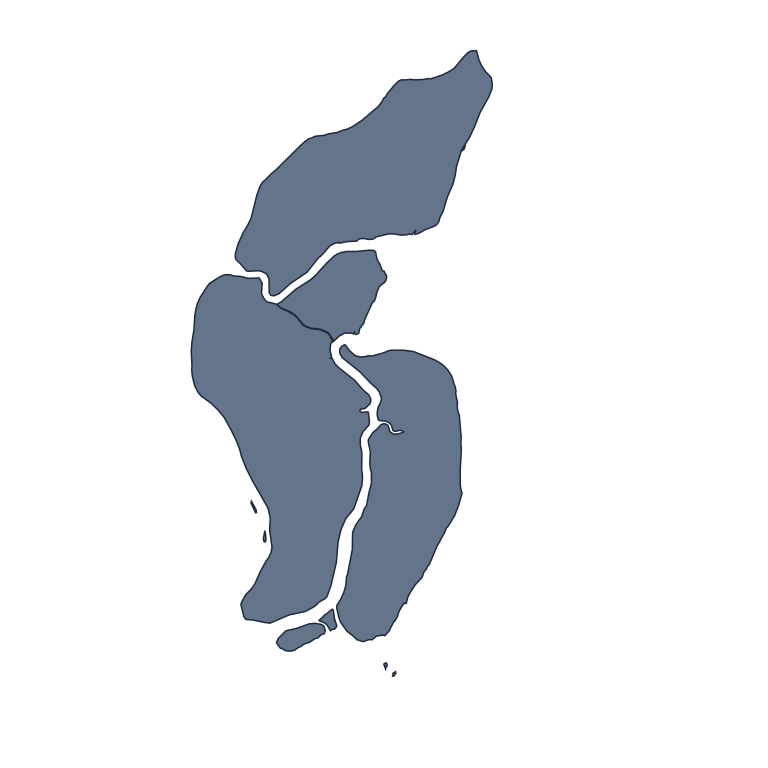 Kepulauan Meranti, Riau, Indonesia (Natural Earth projection), rotated 66°
{"feature_id": "22746128B32802105420608", "entity_name": "Kepulauan Meranti", "entity_type": "district", "adm_level": 2, "iso_a3": "IDN", "parent_name": "Indonesia", "parent_adm1": "Riau", "projection": "natural_earth1", "projection_center": [102.588, 1.052], "detail": "fine", "context": "isolated", "style": "filled", "palette": "slate", "viewbox_px": 768, "rotation_deg": 66, "n_neighbors": 0, "source": "geoboundaries", "source_scale": "gbopen_adm2", "svg_char_len": 6168}
<svg xmlns="http://www.w3.org/2000/svg" viewBox="0 0 768 768"><g transform="rotate(66 384 384)"><path d="M398.8,417.1L397.4,415.7L398.4,412.5L398.5,410.8L396.4,404.9L393.7,402.7L391.3,402.1L387.2,402.5L381.0,405.6L369.1,409.1L350.8,418.6L346.0,420.5L339.6,420.9L338.7,422.5L337.7,420.8L331.9,419.7L327.3,417.5L324.8,415.5L324.6,413.6L317.6,413.9L314.2,414.9L308.5,420.2L304.1,427.8L299.9,432.2L297.5,434.0L287.4,436.7L283.2,438.8L281.3,440.6L279.1,441.6L273.3,447.2L267.2,449.9L261.2,457.6L258.1,458.7L253.0,459.2L250.5,458.6L242.4,454.3L236.4,454.8L232.3,464.9L227.0,471.8L224.6,476.8L221.6,480.2L219.8,483.7L219.3,486.0L219.3,490.2L221.0,502.1L222.5,505.1L230.1,516.8L234.6,521.7L238.6,525.0L244.9,529.2L257.2,535.6L268.2,542.8L275.4,546.6L289.4,552.1L292.7,553.9L299.7,556.1L309.1,557.7L316.2,557.2L320.8,555.9L330.6,550.1L340.3,546.2L349.1,543.7L364.5,542.3L376.9,542.0L385.6,542.5L391.7,543.6L405.3,544.2L420.6,543.4L448.0,540.6L451.2,540.6L459.9,542.3L470.9,547.9L487.3,552.6L492.0,555.7L495.4,559.6L498.1,564.2L505.0,573.2L514.1,583.3L517.3,588.6L520.2,596.0L524.8,602.1L527.2,604.4L539.3,606.6L542.0,606.3L543.2,605.4L546.7,599.2L553.1,590.4L556.1,585.4L556.4,564.4L559.8,548.5L559.1,539.0L558.1,534.9L556.9,532.5L556.0,524.6L554.8,522.3L546.4,514.3L527.6,500.1L509.8,490.3L499.6,482.6L491.5,473.7L485.8,462.4L467.8,445.5L460.3,441.4L452.6,439.0L440.6,433.4L436.8,431.9L429.7,430.3L423.6,427.6L418.9,422.4L415.3,414.3L411.7,412.3L403.3,409.8L402.7,410.4L401.0,415.8L398.8,417.1ZM158.4,165.4L154.3,163.1L147.5,161.4L139.9,164.2L132.9,165.4L126.2,165.4L117.5,164.0L116.9,164.3L115.3,168.6L115.2,171.8L117.6,178.2L124.2,191.7L125.1,197.6L125.4,204.7L124.3,216.5L122.4,221.1L122.2,223.0L120.7,227.0L118.6,232.3L116.5,235.8L115.1,240.3L113.2,244.4L113.2,247.4L115.5,253.5L119.5,261.8L122.1,265.5L123.2,268.9L124.3,269.5L128.1,276.1L134.3,297.4L136.1,308.6L136.2,314.7L135.5,317.5L135.1,324.8L132.9,332.8L132.4,337.8L129.7,346.0L129.8,350.3L129.3,354.1L130.2,355.7L130.1,356.9L132.3,363.6L144.4,395.5L146.0,401.3L149.5,410.1L150.0,412.3L151.1,414.2L154.1,418.0L159.7,423.3L178.5,438.0L183.2,443.5L188.0,450.5L196.4,460.0L204.4,466.8L207.9,468.4L210.3,468.6L215.4,466.4L224.9,463.5L226.2,461.2L229.4,452.8L231.5,449.8L235.8,446.5L241.2,446.3L253.6,451.6L255.7,451.7L257.1,451.2L258.6,448.9L258.9,443.5L254.1,428.5L250.6,408.9L241.8,392.0L241.4,389.5L235.9,377.4L235.4,372.7L235.8,369.8L236.9,367.6L236.4,367.4L237.4,366.8L239.0,359.4L242.3,351.2L241.4,347.0L243.4,342.3L245.6,339.5L247.0,335.8L247.1,333.9L246.4,331.4L248.8,318.6L251.0,313.9L255.3,307.2L257.1,302.0L257.1,300.7L258.9,297.4L256.6,293.0L257.2,292.8L258.4,294.8L260.0,294.9L260.5,290.5L259.8,283.5L260.3,273.5L259.6,270.4L257.8,267.7L254.8,265.3L250.2,259.7L239.0,250.1L229.2,239.4L222.2,234.0L214.7,229.2L201.6,217.8L193.8,205.9L186.2,197.1L174.6,185.3L164.2,171.3L158.4,165.4ZM409.9,319.4L403.9,319.0L397.6,319.9L391.2,322.1L388.2,323.8L382.2,328.2L366.2,344.0L360.6,353.3L356.2,363.4L355.4,366.8L355.4,371.5L353.7,382.6L352.9,385.1L351.5,387.0L351.8,388.7L349.7,394.6L347.1,398.0L345.0,399.5L339.2,402.0L332.7,403.4L332.1,404.1L332.3,407.2L334.1,410.2L338.1,411.9L343.0,411.4L363.3,401.0L377.6,395.9L385.8,392.3L389.3,391.6L394.4,392.0L395.5,391.7L398.9,394.2L401.1,396.4L401.9,398.0L406.0,401.0L408.3,402.4L413.6,403.8L415.4,403.3L418.4,397.8L421.5,395.0L424.6,394.0L429.9,394.7L431.4,393.8L432.2,391.8L432.7,388.4L434.7,385.9L435.7,385.5L436.0,386.5L435.3,391.1L433.8,395.6L430.1,397.9L423.7,397.2L422.0,397.9L420.2,400.3L419.9,403.2L422.3,408.7L423.9,414.1L428.2,420.6L430.2,421.9L440.2,424.0L450.1,429.0L456.0,431.0L459.2,431.3L469.7,435.9L477.2,442.0L488.0,449.4L490.1,452.9L495.9,458.2L501.1,466.9L506.7,473.0L522.2,480.2L542.9,494.6L544.9,496.7L552.4,500.7L558.4,505.8L563.4,511.5L566.7,516.7L568.2,517.7L569.8,518.4L578.6,520.1L583.7,520.6L595.0,518.3L602.2,514.4L606.4,512.9L610.9,507.9L611.4,501.7L612.8,499.0L611.3,493.2L613.1,486.7L614.3,485.6L611.4,479.1L610.3,478.2L605.0,471.5L605.0,470.6L602.0,466.4L597.9,462.8L595.0,459.0L592.4,454.6L593.5,452.9L588.4,449.0L585.3,445.0L580.3,437.5L576.0,427.7L571.9,423.9L570.8,421.2L567.8,417.7L567.3,416.0L554.3,402.2L543.6,388.1L541.0,385.8L540.4,383.8L532.9,372.9L524.4,364.5L515.5,357.1L510.7,356.4L505.6,354.7L493.1,349.1L476.0,340.3L469.7,338.0L463.9,335.1L442.4,327.6L441.2,327.9L437.9,327.4L433.4,325.9L431.3,324.6L423.4,322.8L420.4,321.8L419.9,321.1L414.6,320.0L410.7,319.9L409.9,319.4ZM285.1,337.5L283.6,338.1L281.1,338.0L279.8,339.5L271.8,339.0L270.7,339.5L266.1,339.4L259.5,337.9L258.9,338.7L257.8,338.9L255.8,342.9L251.7,355.2L247.7,364.3L246.4,369.6L246.3,374.3L247.0,378.2L250.3,387.4L256.8,401.9L258.9,408.5L261.5,425.7L267.2,444.5L267.6,449.0L270.4,448.4L273.0,446.8L279.0,441.0L285.2,437.0L296.4,433.7L299.2,432.2L303.9,427.2L306.3,422.5L308.8,419.0L313.5,414.7L315.7,413.7L324.4,412.4L321.8,405.0L321.9,402.2L321.4,399.6L324.2,393.0L325.7,391.8L324.7,390.0L326.0,390.6L327.2,389.7L327.6,386.7L323.1,383.2L322.8,381.9L321.5,380.9L321.5,379.7L319.8,377.3L317.7,375.8L305.4,362.0L304.3,360.0L304.5,359.4L303.0,357.8L299.8,354.8L299.1,354.9L293.5,349.2L292.1,345.8L291.6,342.6L290.3,340.3L287.7,338.2L285.1,337.5ZM577.8,587.3L583.1,586.2L584.2,584.7L587.6,582.5L590.0,578.1L590.8,574.4L589.9,568.7L590.0,566.4L589.2,563.5L589.2,560.0L589.8,557.2L588.8,552.0L588.6,549.5L589.2,547.6L587.6,544.0L587.8,540.2L585.5,537.9L580.5,537.4L578.0,539.2L574.5,544.5L572.6,550.2L571.8,562.5L569.7,573.2L569.8,574.7L573.4,584.0L576.2,587.2L577.8,587.3ZM574.1,539.5L576.9,536.4L579.4,534.7L581.3,534.0L587.6,533.3L587.1,530.4L587.9,529.0L586.5,526.3L585.6,525.5L577.9,524.6L569.8,522.3L568.9,522.6L568.8,523.8L570.8,530.7L570.8,532.7L571.4,533.0L573.3,539.2L574.1,539.5ZM438.7,553.9L449.5,553.7L449.6,552.8L447.0,552.0L437.2,552.8L438.7,553.9ZM479.9,556.6L478.6,555.3L475.4,554.1L470.9,552.7L470.2,553.0L476.5,557.3L479.6,557.7L479.9,556.6ZM645.0,498.5L643.0,496.8L642.9,495.8L641.0,495.2L639.9,495.3L639.4,495.9L639.8,498.1L645.0,498.5ZM654.8,493.9L653.1,490.8L651.5,490.4L651.9,493.5L653.3,493.9L654.5,495.0L654.8,493.9ZM202.5,217.3L202.1,215.3L200.3,213.7L201.2,216.6L202.5,217.3Z" fill="#64748b" stroke="#1e293b" stroke-width="1.5"/></g></svg>